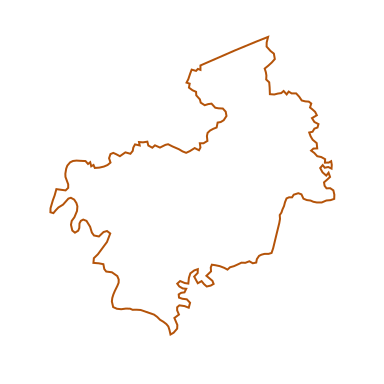 the district of Ivaiporã, Paraná, Brazil, rotated 167°
{"feature_id": "56859067B76316504831540", "entity_name": "Ivaiporã", "entity_type": "district", "adm_level": 2, "iso_a3": "BRA", "parent_name": "Brazil", "parent_adm1": "Paraná", "projection": "natural_earth1", "projection_center": [-51.626, -24.281], "detail": "fine", "context": "isolated", "style": "outline", "palette": "amber", "viewbox_px": 384, "rotation_deg": 167, "n_neighbors": 0, "source": "geoboundaries", "source_scale": "gbopen_adm2", "svg_char_len": 3727}
<svg xmlns="http://www.w3.org/2000/svg" viewBox="0 0 384 384"><g transform="rotate(167 192 192)"><path d="M83.0,326.0L96.1,324.0L118.3,320.3L155.3,313.4L156.3,309.1L158.6,310.6L160.8,309.1L164.8,311.3L167.2,307.7L170.2,302.8L172.7,299.8L169.9,298.1L171.5,294.4L168.6,291.0L165.5,288.7L166.1,285.2L163.5,280.5L163.4,277.1L160.1,273.7L156.4,274.0L153.1,273.7L150.4,268.9L147.4,267.6L143.2,266.4L141.1,262.7L141.3,258.3L145.0,254.8L148.3,253.7L151.4,253.9L153.5,249.3L157.0,248.8L160.6,247.8L163.5,246.1L164.9,243.1L165.5,238.3L169.8,236.9L173.4,237.7L173.8,233.4L175.8,231.1L179.5,234.2L185.0,232.3L188.9,231.5L192.1,233.7L195.1,236.6L200.8,240.8L204.5,243.9L207.3,243.9L213.2,242.5L217.6,245.8L220.7,244.1L224.1,247.1L224.2,251.1L228.6,251.4L232.4,252.6L232.5,249.1L236.8,251.2L239.2,248.5L240.5,245.4L243.4,243.1L248.0,245.6L254.2,243.1L257.4,245.9L259.9,247.8L262.9,247.3L265.2,243.6L264.8,239.0L268.2,237.3L272.1,236.6L276.8,236.6L281.3,237.3L281.9,240.5L284.4,239.7L284.5,243.9L287.0,242.7L288.8,246.1L293.8,247.5L297.5,248.6L301.0,249.0L304.1,248.3L307.5,245.8L309.3,243.1L311.3,238.3L311.9,235.1L310.9,227.3L311.7,223.9L314.8,222.0L323.5,225.3L326.7,219.4L329.4,215.3L333.5,208.0L334.5,204.1L331.8,202.6L328.8,204.9L325.6,207.0L320.5,208.7L313.9,213.4L311.3,213.6L308.5,211.1L307.1,207.2L306.9,203.8L308.3,199.4L312.3,193.8L315.7,190.9L317.3,187.3L317.3,181.4L315.2,178.7L311.6,179.9L309.9,182.3L308.7,186.7L306.8,188.9L304.2,189.6L301.3,187.6L299.1,181.1L298.7,175.0L297.3,171.7L292.7,169.6L287.2,172.9L283.6,173.1L281.0,170.0L286.1,162.4L290.0,159.1L297.7,152.5L302.5,149.6L304.0,145.1L298.9,143.5L294.6,141.6L294.8,136.7L293.5,133.8L288.1,131.8L283.7,126.9L283.1,123.2L283.9,120.1L285.8,117.4L289.4,113.0L291.7,109.8L293.5,106.7L294.7,103.4L294.7,97.6L291.4,95.1L287.3,93.7L282.9,93.3L278.7,92.3L276.4,90.6L272.6,89.8L268.6,88.6L256.6,81.1L254.0,78.1L251.9,74.7L249.1,72.0L246.7,69.1L245.3,66.3L245.0,62.7L245.0,58.0L241.6,59.0L237.2,62.2L236.2,65.7L237.5,73.2L232.3,75.5L233.1,80.0L232.4,83.0L229.8,84.4L224.9,82.5L221.2,80.0L218.8,84.5L221.2,88.6L225.3,90.1L228.4,92.0L228.0,95.2L225.2,96.2L221.9,95.9L219.4,99.0L222.7,100.1L225.6,102.8L227.0,106.0L223.6,107.9L219.5,104.9L216.2,103.6L214.3,109.1L211.9,113.1L207.4,115.1L203.7,115.5L204.7,111.8L208.9,109.1L206.9,101.8L202.7,103.0L201.0,99.5L198.9,96.6L194.8,96.6L191.6,97.6L192.1,100.9L195.0,104.7L196.8,107.1L191.3,110.4L190.7,114.2L189.0,116.7L185.7,115.4L181.6,113.5L177.6,110.8L174.9,108.4L171.9,110.1L167.8,110.3L163.8,111.1L159.7,112.0L155.9,111.0L151.7,111.6L148.8,108.9L145.3,108.8L143.9,112.0L141.0,114.7L138.4,115.3L135.4,115.4L131.2,114.5L128.2,114.7L125.6,118.9L122.3,125.5L118.4,133.3L114.0,142.0L112.3,146.0L111.7,149.8L109.5,151.8L107.8,154.6L105.5,157.6L103.7,161.1L101.3,164.5L98.6,165.0L95.7,164.3L93.5,166.5L88.7,166.9L85.9,165.1L84.9,160.4L81.9,158.3L78.4,157.0L76.0,155.2L72.7,153.7L68.0,152.6L63.0,153.5L58.8,152.9L55.0,153.3L53.9,157.4L53.9,161.8L56.5,164.6L60.1,165.3L61.4,168.2L61.2,171.7L57.6,173.6L54.1,175.6L54.6,180.1L57.5,177.8L60.4,181.8L61.7,186.5L58.6,188.8L57.2,185.8L53.6,185.7L50.8,183.4L49.7,187.0L49.5,190.7L52.2,189.9L55.9,190.7L54.9,194.0L58.2,197.0L61.9,198.7L64.1,202.6L66.6,205.5L63.9,207.0L60.2,206.3L59.5,211.6L62.7,215.8L63.9,219.6L64.4,223.6L61.0,223.6L58.5,226.2L55.2,226.6L53.5,229.7L57.0,232.7L58.5,237.0L53.1,238.7L54.0,242.4L56.1,245.4L58.0,247.8L55.9,251.4L57.9,253.8L61.2,254.8L64.5,256.5L66.1,260.7L68.3,264.6L72.8,265.7L75.2,268.1L77.8,265.8L80.0,269.8L82.8,268.3L86.2,268.6L89.9,268.5L94.1,269.8L92.8,276.6L92.1,281.5L94.4,284.9L93.3,288.8L93.1,292.0L93.4,295.9L89.3,297.9L85.2,300.2L81.4,302.9L81.1,308.4L83.7,311.6L86.6,316.9L85.6,320.9L83.0,326.0Z" fill="none" stroke="#b45309" stroke-width="2"/></g></svg>